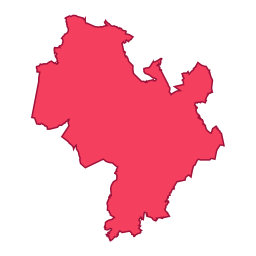 Tepeji del Río de Ocampo, Hidalgo, Mexico (Natural Earth projection)
{"feature_id": "50627088B70341561261436", "entity_name": "Tepeji del Río de Ocampo", "entity_type": "district", "adm_level": 2, "iso_a3": "MEX", "parent_name": "Mexico", "parent_adm1": "Hidalgo", "projection": "natural_earth1", "projection_center": [-99.356, 19.894], "detail": "fine", "context": "isolated", "style": "filled", "palette": "rose", "viewbox_px": 256, "rotation_deg": 0, "n_neighbors": 0, "source": "geoboundaries", "source_scale": "gbopen_adm2", "svg_char_len": 5789}
<svg xmlns="http://www.w3.org/2000/svg" viewBox="0 0 256 256"><path d="M73.6,149.1L74.7,146.7L76.1,145.2L76.6,149.2L78.4,151.8L79.2,155.8L80.1,157.9L79.8,159.7L80.6,163.5L85.3,167.7L103.3,159.1L106.0,161.4L109.7,162.6L112.3,162.8L116.0,166.0L117.7,166.8L116.2,170.4L116.8,171.3L116.1,171.4L114.8,172.9L114.8,173.3L115.8,173.6L116.4,174.5L116.9,175.6L116.8,179.3L116.4,180.0L113.4,181.8L111.4,185.3L110.7,188.5L111.3,195.5L110.1,195.0L109.6,196.1L110.0,196.4L110.0,197.0L109.4,196.5L108.8,197.1L109.0,198.6L108.0,200.4L107.8,201.7L107.2,202.2L107.1,204.2L107.7,205.5L107.4,210.1L108.7,210.6L109.2,211.2L109.3,212.4L110.6,214.1L110.3,214.9L114.4,217.4L111.7,219.5L108.4,220.3L106.1,221.8L105.4,222.7L105.5,224.1L104.4,227.3L104.7,227.7L105.2,227.1L105.6,227.6L105.2,228.2L105.4,228.4L105.0,229.1L105.2,229.4L106.9,229.8L107.9,229.8L110.2,228.4L111.5,228.8L111.3,230.1L110.2,230.7L110.1,231.8L108.3,232.3L107.9,232.8L109.0,233.4L107.4,234.4L106.3,234.5L107.2,236.3L108.0,235.2L109.1,236.3L108.8,237.1L110.1,240.4L110.4,240.2L110.5,240.6L112.2,239.6L114.9,236.7L116.1,236.9L117.2,236.3L118.1,234.9L117.2,234.6L117.3,234.3L118.1,233.7L118.3,232.8L119.7,230.9L122.2,232.5L129.7,231.1L131.8,233.2L131.9,234.4L133.6,234.8L133.8,236.4L134.5,236.4L135.5,235.0L138.1,233.5L140.0,233.1L140.8,232.1L140.4,230.7L141.4,230.4L138.8,228.3L140.5,226.0L138.8,225.5L139.9,224.4L140.2,222.0L139.9,220.9L139.0,220.5L139.6,218.3L141.3,217.7L141.5,219.6L142.1,219.4L141.6,217.9L143.3,219.4L144.0,213.8L144.5,212.3L146.7,213.0L146.9,213.7L146.5,213.9L146.4,214.3L147.1,214.5L147.3,215.2L146.7,215.6L147.0,216.3L150.6,217.2L152.5,218.3L152.5,218.8L153.4,219.8L154.7,220.5L155.8,220.1L156.0,220.7L157.0,219.5L156.6,218.5L157.2,218.8L157.7,218.1L160.0,217.5L161.4,218.2L161.8,217.5L162.4,218.3L163.6,217.2L163.8,217.5L169.4,216.3L168.3,214.2L167.4,213.6L167.7,212.9L166.2,211.6L164.7,209.4L165.9,207.6L165.7,205.9L167.1,204.6L167.8,203.0L169.2,202.2L168.5,202.4L168.5,200.8L168.2,202.5L167.9,200.9L166.7,201.3L166.6,201.0L165.5,201.9L165.3,201.2L166.4,200.7L166.9,199.4L167.9,198.2L167.7,197.4L168.3,197.2L167.9,196.4L169.1,195.3L170.0,195.2L169.7,193.3L170.0,192.8L170.8,192.8L172.1,189.7L173.0,188.6L173.9,189.1L174.3,188.0L173.6,187.4L176.9,181.8L185.1,180.0L185.5,177.8L186.1,176.8L188.8,175.0L191.0,177.0L192.3,170.2L193.6,165.6L195.1,164.9L197.1,160.4L197.7,159.8L198.6,159.3L200.5,159.9L209.7,159.9L211.1,158.4L214.9,159.2L216.7,150.3L220.0,145.0L223.9,145.2L224.2,146.6L221.4,133.3L220.4,132.7L219.7,131.0L218.1,129.6L217.8,128.5L217.1,128.7L216.7,126.8L216.0,126.9L215.9,126.3L212.7,128.6L211.2,133.1L209.7,132.6L207.1,130.4L206.2,129.2L205.2,125.3L204.6,125.3L204.0,124.0L203.1,124.2L203.1,121.4L202.4,119.8L201.5,119.8L201.0,118.8L200.1,119.0L200.1,117.6L198.4,118.0L198.3,116.5L199.5,116.3L199.6,115.9L198.7,114.6L197.2,113.8L196.1,110.8L196.3,108.7L197.0,108.3L197.2,107.3L196.6,107.0L195.6,107.3L195.6,105.6L194.6,105.0L195.3,102.8L196.1,102.4L197.1,103.1L198.3,102.0L200.6,102.7L201.2,101.7L202.2,101.7L205.2,102.8L206.3,100.3L205.4,99.9L207.0,96.2L208.2,94.5L207.9,93.7L210.6,93.0L210.5,92.5L212.4,92.2L211.5,88.3L212.5,80.2L210.9,76.9L209.7,72.4L209.2,72.5L209.5,70.2L208.6,70.4L206.1,66.5L203.1,65.9L200.7,64.7L197.9,62.5L195.8,66.2L196.0,66.6L194.2,67.8L194.0,68.9L193.4,68.9L193.3,70.1L191.6,71.2L189.1,74.1L188.0,71.6L186.5,73.3L184.1,73.0L182.0,73.8L183.0,76.1L182.7,76.3L184.0,78.4L182.2,80.1L183.3,81.3L183.5,84.5L174.5,86.6L180.2,90.6L176.6,91.1L172.7,93.3L171.1,94.6L170.8,93.7L169.2,91.9L169.8,90.0L169.8,87.7L168.3,85.7L168.1,84.5L161.1,71.0L161.5,70.4L161.2,69.8L159.7,69.9L159.5,69.3L160.0,68.0L158.4,65.5L157.1,65.4L157.6,64.8L158.8,65.0L158.9,63.8L159.5,64.8L160.1,64.7L160.8,62.3L160.6,60.4L161.8,58.8L161.4,58.5L160.4,58.6L159.4,59.5L155.5,61.7L153.1,62.2L153.1,61.8L149.5,67.4L143.9,68.5L144.0,71.7L145.2,73.3L149.6,75.1L152.9,77.9L153.4,77.7L154.0,78.3L154.9,78.3L156.1,78.9L156.4,79.7L155.6,80.4L154.0,81.0L153.5,80.6L153.3,79.8L152.6,79.9L147.3,81.2L147.5,81.9L146.1,82.4L146.0,81.4L145.3,82.2L143.8,81.3L141.6,81.5L133.7,73.8L133.3,72.7L132.8,69.0L133.0,65.8L128.7,61.4L128.0,58.8L126.7,56.3L126.4,56.1L125.6,56.8L124.7,54.3L125.3,52.2L124.6,51.7L123.9,52.0L122.0,43.6L123.4,41.7L124.2,43.1L125.8,42.3L125.7,41.0L126.3,40.0L128.6,41.6L129.4,40.2L130.9,39.6L133.0,36.8L129.1,34.6L125.5,33.8L126.1,31.4L125.9,31.0L122.4,30.3L121.6,28.9L120.8,28.3L120.3,28.5L119.8,27.9L119.4,28.6L118.5,28.3L117.7,27.4L117.0,27.5L116.7,26.7L115.3,26.6L114.4,25.9L112.3,26.2L111.1,25.8L109.4,24.0L107.3,22.7L105.6,20.6L105.4,21.4L104.5,22.1L105.1,23.5L107.1,25.5L103.8,26.2L102.0,27.1L101.0,26.6L98.9,27.1L95.2,26.8L87.2,23.3L86.6,23.6L85.7,22.6L85.2,21.1L85.2,18.4L84.4,19.5L83.9,19.6L83.2,18.1L77.0,16.4L76.0,15.6L73.0,15.4L70.8,16.6L69.7,15.9L65.4,17.9L65.3,18.2L65.9,18.2L66.3,18.8L66.1,21.9L66.9,22.7L66.6,24.2L67.2,24.9L67.1,26.3L68.3,28.7L68.3,30.7L67.5,32.6L65.7,34.0L64.6,34.3L64.0,35.8L63.0,36.4L61.6,38.4L62.4,38.8L63.1,40.6L62.3,44.4L61.3,45.5L59.6,45.9L59.4,46.6L59.7,47.2L59.1,46.9L59.1,47.2L57.6,47.8L54.6,47.6L54.7,48.9L54.2,49.0L54.6,53.3L55.4,52.6L56.8,53.8L56.3,54.9L55.5,55.2L55.7,55.7L55.3,56.0L56.0,57.4L56.4,57.3L57.5,60.8L56.9,61.3L58.0,62.7L58.0,63.2L57.4,63.2L57.2,63.8L56.6,64.1L55.3,62.6L54.5,63.4L51.4,61.1L48.6,62.4L47.0,63.8L43.2,63.9L42.1,64.5L40.3,64.1L39.5,65.8L36.6,66.6L36.4,67.7L37.3,70.3L37.3,71.1L36.9,71.2L37.0,71.9L39.8,72.2L38.8,77.6L38.7,81.7L31.8,117.5L34.6,118.0L36.8,123.9L40.1,124.4L41.4,123.3L41.9,123.6L42.5,124.2L44.3,124.9L44.7,125.8L46.2,126.0L46.3,126.5L47.2,126.8L47.4,129.1L49.9,129.1L57.5,127.2L59.1,125.3L61.6,125.2L62.8,124.4L63.1,123.7L65.0,123.0L65.8,121.7L67.7,120.7L67.9,119.7L69.0,119.4L68.1,122.6L69.0,125.8L61.8,136.7L68.2,141.6L69.3,143.2L71.5,144.9L73.2,146.9L73.6,149.1Z" fill="#f43f5e" stroke="#9f1239" stroke-width="1.5"/></svg>